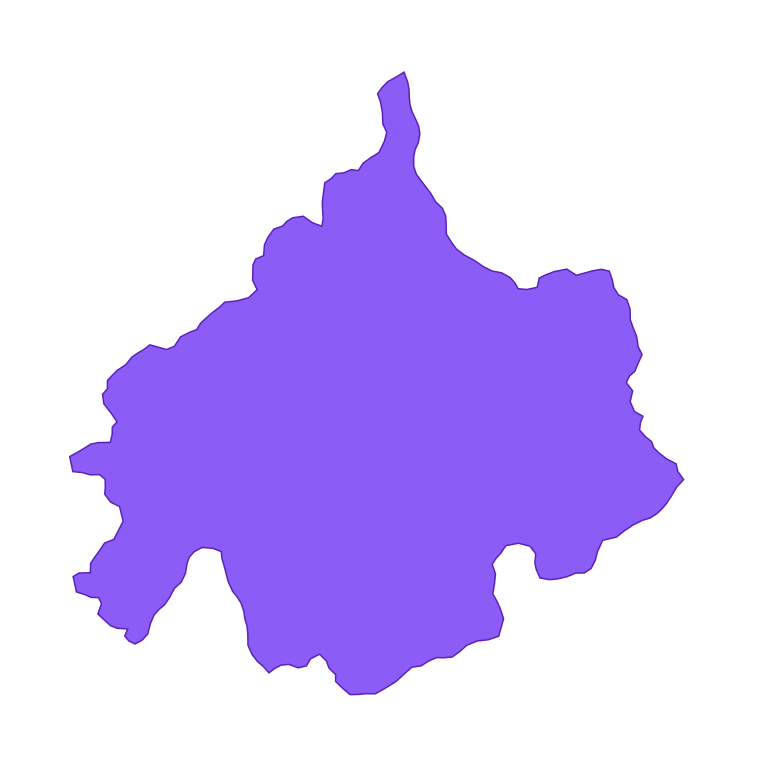 outline of Santa Bárbara do Monte Verde, Minas Gerais, Brazil, rotated 95°
{"feature_id": "56859067B95233367881630", "entity_name": "Santa Bárbara do Monte Verde", "entity_type": "district", "adm_level": 2, "iso_a3": "BRA", "parent_name": "Brazil", "parent_adm1": "Minas Gerais", "projection": "mercator", "projection_center": [-43.696, -21.962], "detail": "fine", "context": "isolated", "style": "filled", "palette": "violet", "viewbox_px": 768, "rotation_deg": 95, "n_neighbors": 0, "source": "geoboundaries", "source_scale": "gbopen_adm2", "svg_char_len": 3406}
<svg xmlns="http://www.w3.org/2000/svg" viewBox="0 0 768 768"><g transform="rotate(95 384 384)"><path d="M681.8,473.4L676.9,468.1L673.1,462.1L671.6,454.4L674.2,444.8L671.6,436.7L664.3,433.3L658.8,424.7L664.9,417.2L671.7,414.1L677.9,406.8L684.5,406.3L689.8,399.9L696.4,390.8L695.4,381.8L694.1,375.1L693.4,365.7L686.6,355.8L679.6,346.4L670.6,338.1L663.7,331.6L661.5,322.4L656.0,315.2L652.0,307.7L651.5,300.5L650.0,292.2L644.1,285.4L637.0,278.7L631.9,268.8L629.7,257.8L625.2,247.7L615.8,246.0L607.4,244.4L597.6,248.6L590.4,252.7L583.6,257.3L573.1,256.5L563.4,256.4L554.3,260.5L548.0,257.3L542.5,253.0L534.4,248.5L530.9,236.0L532.9,224.4L540.0,218.0L549.0,218.1L555.4,216.2L563.7,211.6L564.5,201.8L563.0,194.3L560.2,185.3L555.7,176.6L554.7,167.9L549.7,161.6L541.6,158.3L532.4,156.7L520.7,152.6L516.2,139.1L509.0,131.4L503.0,124.0L497.4,114.9L494.2,107.0L489.4,100.9L484.5,96.5L478.8,92.4L471.6,88.5L461.1,83.4L453.1,77.2L445.4,83.8L438.1,86.0L434.1,95.7L428.6,104.3L424.1,109.6L418.1,112.4L413.9,118.7L407.6,125.4L399.9,125.1L393.6,123.2L389.5,132.2L380.1,137.2L369.2,135.7L361.6,142.7L354.5,140.1L349.6,135.3L342.0,132.9L332.2,129.5L324.6,134.1L314.8,136.4L306.0,140.8L298.7,144.2L287.9,145.4L278.7,149.5L274.7,158.3L268.0,163.4L260.2,165.7L251.9,169.4L250.8,177.8L253.3,186.7L256.0,193.9L258.9,201.8L253.6,211.9L257.1,224.0L261.3,232.6L264.9,238.6L274.3,239.8L277.4,249.9L277.4,258.7L271.8,262.5L266.9,267.7L263.0,276.5L262.0,286.2L258.5,295.1L253.3,304.2L248.4,315.5L243.2,323.7L236.6,329.4L229.1,335.0L220.4,335.9L211.4,337.1L203.8,341.2L198.0,348.4L189.6,354.4L183.1,360.4L177.2,365.7L171.9,370.2L164.6,373.4L154.5,374.2L147.8,373.4L140.5,370.8L131.4,370.1L124.0,372.0L117.1,375.8L110.1,379.9L104.2,382.2L97.1,383.7L88.5,384.7L81.2,386.7L71.6,391.2L77.6,399.4L82.5,406.6L89.0,411.9L95.4,415.7L103.7,411.9L114.0,409.2L125.1,407.8L132.9,403.2L142.3,404.8L153.8,409.2L159.0,416.1L165.7,423.9L173.6,428.2L173.3,435.4L177.2,442.4L178.6,450.3L183.8,454.4L188.7,460.5L198.0,460.9L208.1,461.3L214.9,460.5L224.7,459.0L232.3,459.7L229.5,469.6L223.9,479.0L226.4,489.5L230.3,494.8L235.5,498.9L239.3,507.3L248.0,512.4L255.7,515.2L266.6,515.1L270.7,522.7L276.7,524.9L283.2,524.5L292.1,523.9L301.1,518.6L309.8,526.4L314.0,537.7L316.4,549.8L321.7,554.4L327.3,560.7L333.9,567.0L339.4,572.0L346.2,575.4L349.4,582.1L354.8,590.8L364.7,596.1L368.6,603.6L367.1,611.7L365.4,620.6L370.6,626.3L374.5,631.9L379.3,637.6L387.3,642.9L393.6,650.9L404.5,659.8L412.9,659.1L418.8,663.5L428.2,661.3L436.6,653.5L445.0,646.6L450.6,650.9L457.8,650.4L466.0,651.6L467.3,663.6L469.4,670.8L477.1,681.0L483.7,690.8L498.4,686.3L498.5,676.7L500.1,668.9L499.1,659.4L503.3,653.5L511.4,652.6L518.2,652.6L525.6,645.9L529.1,636.8L543.4,631.9L551.9,635.3L562.3,639.6L566.8,648.5L574.3,652.6L581.5,656.9L588.2,660.6L597.6,660.1L598.9,671.4L602.9,676.9L609.4,674.9L617.9,672.3L619.9,663.6L622.1,657.2L621.7,649.7L627.4,646.3L638.1,649.0L644.0,641.3L648.6,635.3L650.6,628.5L650.4,618.0L657.6,620.3L662.2,615.8L664.7,609.3L660.2,602.6L653.8,597.6L643.0,595.8L634.3,593.0L628.3,588.6L623.0,583.3L615.0,578.8L606.0,575.1L598.9,568.6L590.0,565.3L579.7,564.5L573.5,562.9L567.6,558.5L562.7,550.9L562.6,540.3L565.1,531.6L571.9,530.2L581.9,526.4L594.4,522.0L603.8,516.7L608.9,511.7L615.1,507.1L622.8,503.8L630.4,502.0L637.0,499.4L644.8,497.9L656.2,496.7L664.9,491.9L671.6,485.7L675.8,479.7L681.8,473.4Z" fill="#8b5cf6" stroke="#5b21b6" stroke-width="1.5"/></g></svg>